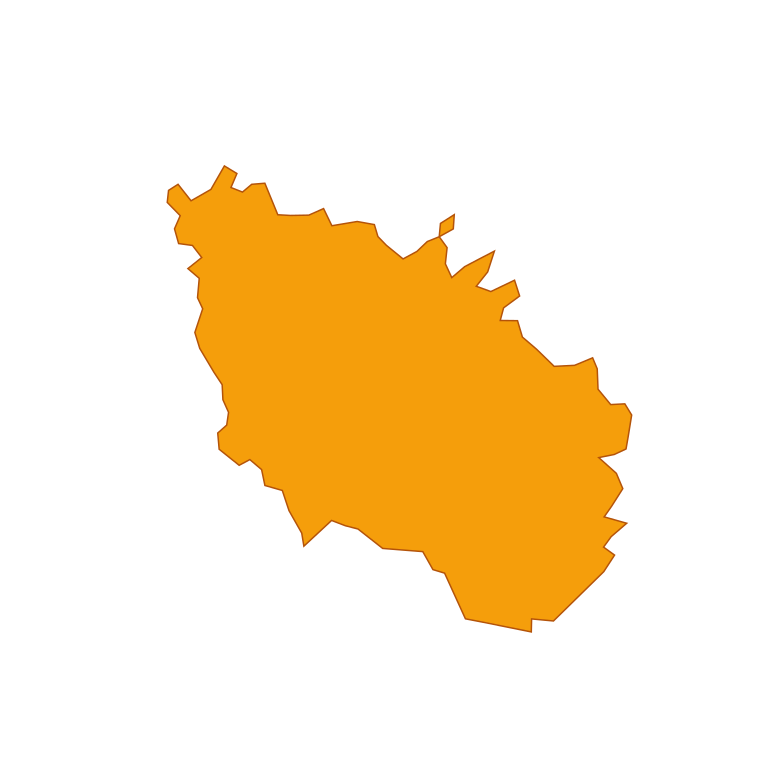 the district of Iracema do Oeste, Paraná, Brazil, rotated 306°
{"feature_id": "56859067B2510798775260", "entity_name": "Iracema do Oeste", "entity_type": "district", "adm_level": 2, "iso_a3": "BRA", "parent_name": "Brazil", "parent_adm1": "Paraná", "projection": "mercator", "projection_center": [-53.343, -24.432], "detail": "fine", "context": "isolated", "style": "filled", "palette": "amber", "viewbox_px": 768, "rotation_deg": 306, "n_neighbors": 0, "source": "geoboundaries", "source_scale": "gbopen_adm2", "svg_char_len": 1431}
<svg xmlns="http://www.w3.org/2000/svg" viewBox="0 0 768 768"><g transform="rotate(306 384 384)"><path d="M535.6,342.1L524.7,335.3L510.6,332.7L496.4,325.9L497.6,304.4L499.7,292.4L507.3,282.5L499.7,266.8L481.4,248.8L490.4,232.0L476.4,223.9L465.4,209.3L458.5,198.6L476.4,169.6L467.8,159.6L456.1,156.7L453.0,144.7L467.8,141.3L466.6,126.7L439.7,129.6L418.8,120.2L424.5,100.0L414.0,95.9L403.5,101.9L400.4,120.2L386.4,123.3L376.9,135.3L383.5,147.6L379.2,162.2L362.1,157.5L360.9,172.4L344.2,182.4L338.3,193.1L314.5,200.7L304.5,214.0L293.5,239.6L288.3,253.5L276.6,262.9L269.7,274.9L258.3,280.9L246.6,278.3L234.3,289.0L233.1,314.6L244.0,319.9L242.8,335.3L231.9,347.3L238.1,364.3L225.7,381.6L215.0,405.1L205.7,414.5L242.8,421.8L246.6,436.0L251.4,448.2L250.2,479.6L271.2,513.9L262.6,532.7L266.6,544.2L241.9,587.9L249.0,603.1L270.0,648.9L280.7,641.5L291.9,660.4L361.4,672.1L381.1,671.1L381.1,657.5L394.0,657.5L414.0,662.2L405.9,640.2L418.8,640.0L439.7,638.7L448.3,624.5L450.7,601.0L462.3,611.7L473.7,618.0L484.9,612.5L504.5,602.6L509.5,590.5L500.6,579.5L505.6,560.2L521.6,547.6L527.8,537.4L511.1,527.2L498.3,511.3L501.8,487.0L503.3,468.4L513.7,454.8L503.7,440.7L515.9,436.0L534.9,442.0L544.7,428.6L521.6,416.1L517.3,401.2L535.6,402.0L556.4,395.2L541.6,387.8L526.4,380.3L509.9,376.3L517.3,363.0L531.4,354.9L535.6,342.1ZM535.6,342.1L550.2,348.9L562.3,341.3L547.1,335.3L535.6,342.1Z" fill="#f59e0b" stroke="#b45309" stroke-width="1.5"/></g></svg>